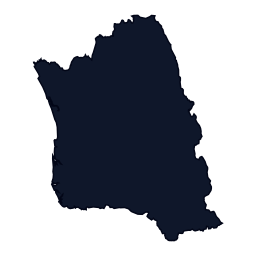 the district of Antsalova, Melaky, Madagascar
{"feature_id": "10022922B48021466276127", "entity_name": "Antsalova", "entity_type": "district", "adm_level": 2, "iso_a3": "MDG", "parent_name": "Madagascar", "parent_adm1": "Melaky", "projection": "natural_earth1", "projection_center": [44.617, -18.816], "detail": "fine", "context": "isolated", "style": "filled", "palette": "ink", "viewbox_px": 256, "rotation_deg": 0, "n_neighbors": 0, "source": "geoboundaries", "source_scale": "gbopen_adm2", "svg_char_len": 5692}
<svg xmlns="http://www.w3.org/2000/svg" viewBox="0 0 256 256"><path d="M161.4,26.1L158.8,23.6L158.1,22.0L155.5,21.2L154.2,18.0L154.9,15.8L151.5,15.5L149.9,16.7L145.8,18.5L140.0,17.3L137.9,15.4L133.8,15.5L131.8,16.1L132.8,17.0L133.6,17.1L133.9,17.5L133.3,19.0L133.7,20.3L133.6,21.0L133.0,22.6L132.4,23.2L131.7,22.9L130.0,20.5L128.7,19.7L128.2,20.0L127.8,22.0L126.7,22.7L124.4,23.0L123.2,20.6L122.4,20.2L121.9,20.4L121.1,22.4L119.7,24.1L116.3,24.2L115.0,23.7L114.5,23.8L114.1,26.8L114.7,28.7L114.7,29.4L114.1,30.8L113.2,31.6L112.7,34.2L113.4,35.7L113.3,36.1L112.5,36.2L111.9,35.7L111.4,36.1L110.5,36.1L110.1,37.0L107.0,36.9L105.6,37.5L105.1,36.7L104.5,37.3L102.4,37.6L102.5,36.5L101.6,36.2L100.7,35.1L100.0,35.0L100.3,35.6L100.1,36.1L99.5,35.7L98.7,36.2L98.5,37.2L98.2,37.3L97.7,36.7L96.3,37.7L95.5,38.8L96.2,41.3L96.2,43.1L93.3,52.9L92.4,55.1L91.7,59.9L88.8,57.2L88.1,56.1L87.4,57.0L86.5,56.8L85.4,54.9L84.9,56.3L82.8,57.7L80.8,57.5L79.5,57.8L77.3,56.7L75.6,57.3L74.1,58.2L71.6,62.1L71.1,63.9L71.2,64.7L70.7,64.9L70.7,65.4L70.4,65.6L69.9,68.0L68.9,69.6L67.8,70.2L65.1,70.6L63.4,70.2L62.8,69.7L62.3,68.2L59.9,68.0L59.3,66.4L58.3,65.7L58.2,65.1L57.6,65.0L57.1,64.1L56.1,63.9L55.2,62.5L54.4,62.2L52.2,62.6L51.9,62.3L50.9,62.4L50.5,62.9L50.5,63.5L49.3,64.3L48.4,62.8L46.4,62.3L46.1,61.3L44.6,60.3L44.1,60.1L43.8,60.8L43.2,60.5L43.0,61.1L41.9,60.7L41.5,60.2L41.1,60.5L40.9,59.0L40.6,59.4L40.8,60.7L40.3,60.8L40.4,59.9L39.9,60.7L39.6,60.0L39.3,60.0L39.2,60.9L39.6,60.8L39.7,61.2L38.6,62.1L37.7,61.5L37.7,62.5L37.0,62.4L35.8,64.3L34.9,63.8L34.8,63.5L35.2,62.9L34.1,62.2L33.7,62.3L33.9,63.0L35.5,65.0L35.2,65.7L34.3,66.3L34.4,66.7L38.6,73.7L39.6,76.3L38.1,78.5L42.8,86.8L45.8,93.7L47.0,98.4L47.7,99.1L49.1,98.2L49.0,97.1L49.8,97.3L50.7,99.6L51.9,101.6L52.0,103.0L53.2,105.0L54.3,105.6L56.8,105.6L58.2,107.0L59.1,109.6L58.7,110.7L58.0,110.6L58.6,110.0L58.4,108.4L57.2,106.6L56.3,106.1L53.0,106.2L51.7,104.8L50.3,100.9L49.0,99.5L48.6,99.8L48.6,100.7L49.6,104.0L51.5,108.5L54.9,119.4L56.4,122.5L57.3,127.1L57.7,137.3L56.9,139.7L56.0,140.0L54.8,139.8L54.2,140.5L54.9,145.9L56.3,146.8L55.1,147.1L54.7,147.8L54.4,152.4L55.0,157.9L55.6,159.2L56.8,160.0L59.0,160.8L60.1,162.7L61.2,164.0L60.1,163.7L58.5,161.5L55.4,161.2L56.5,162.6L57.0,164.1L56.5,163.7L56.2,162.9L54.9,161.9L55.6,164.6L54.8,166.4L54.9,164.1L53.7,161.8L54.0,159.5L53.4,156.5L52.8,155.4L52.7,158.9L53.4,167.2L53.0,171.6L53.5,174.4L53.2,178.2L52.1,181.7L52.5,183.5L52.9,184.0L53.2,183.8L53.1,182.5L53.9,182.9L53.9,183.5L54.3,183.7L56.2,183.4L57.5,182.6L58.0,182.5L58.6,182.9L57.3,183.2L57.0,183.8L57.1,184.4L55.6,185.7L53.7,185.6L51.9,183.9L51.7,184.2L54.4,190.3L55.6,189.9L56.7,190.0L57.9,190.8L58.3,191.2L58.1,191.6L59.1,192.6L58.3,192.5L56.6,190.6L55.8,190.8L55.7,191.5L55.9,192.8L57.9,196.4L59.3,200.0L59.4,201.1L58.8,201.7L59.0,202.1L60.3,202.2L60.6,201.9L60.6,201.3L60.0,199.9L60.0,197.8L60.9,196.6L61.8,196.0L62.1,194.9L62.7,194.4L62.4,196.0L61.0,197.1L60.7,198.3L61.1,199.0L62.0,199.2L61.1,200.3L61.0,201.1L61.9,202.9L60.3,203.6L62.3,205.9L63.4,206.7L64.5,206.9L67.0,206.0L68.3,207.8L70.1,208.5L73.2,208.0L74.2,207.2L74.4,206.3L75.0,206.7L74.9,207.7L75.3,207.9L75.3,207.5L78.2,207.1L79.6,208.2L80.8,208.6L81.4,209.5L82.3,209.0L83.6,209.5L85.2,209.3L86.2,209.7L86.2,209.2L85.7,209.0L85.6,208.3L86.4,207.9L86.9,206.9L87.4,206.8L88.7,207.7L93.2,206.9L98.8,207.4L100.1,208.4L102.3,207.9L103.9,208.4L105.9,204.8L108.1,205.1L109.4,205.9L110.1,207.4L112.5,207.3L114.1,208.4L119.3,207.5L120.4,207.7L124.6,207.5L126.2,208.0L128.5,208.7L131.2,211.3L132.1,211.8L137.8,214.1L142.3,214.3L145.7,212.0L148.4,212.2L148.6,212.3L148.4,214.4L147.9,214.6L147.1,216.3L148.3,217.6L151.6,219.9L153.4,218.3L154.4,219.6L156.8,220.7L157.3,221.8L157.0,223.1L157.3,225.5L158.5,226.5L159.9,229.1L160.8,229.6L162.5,233.5L164.1,233.4L165.1,234.1L164.8,235.2L165.8,238.4L166.7,238.5L167.1,239.2L168.3,240.2L169.3,240.5L172.2,240.6L172.9,240.3L173.4,240.6L174.8,240.5L175.3,239.9L176.3,239.8L177.3,238.5L177.6,237.8L177.5,236.1L178.6,233.1L182.0,233.4L182.7,233.2L183.5,231.4L184.3,230.8L188.6,230.2L190.2,230.3L192.4,229.1L194.0,230.4L195.1,230.8L197.7,230.2L198.8,229.7L199.2,229.2L200.1,229.7L200.4,230.4L202.4,230.3L203.0,231.0L203.4,230.6L203.5,229.4L206.0,228.9L206.6,226.3L207.9,226.5L208.7,228.8L210.6,228.5L211.7,227.0L212.1,226.9L213.5,227.5L213.8,228.0L216.4,227.6L217.2,226.5L217.5,225.5L219.2,225.2L219.6,224.6L220.5,224.4L222.3,223.2L220.5,222.2L218.8,219.2L216.3,216.6L214.5,212.5L213.7,211.5L212.0,211.7L210.8,212.6L208.7,210.1L205.5,209.7L205.3,207.4L205.9,206.0L206.1,204.7L205.0,203.2L203.9,200.7L204.1,199.6L203.8,197.6L205.0,196.1L208.4,194.4L210.9,190.4L211.3,188.5L211.3,186.8L209.6,183.2L210.4,180.9L207.7,177.3L207.0,172.1L207.6,169.0L207.5,167.3L206.2,165.3L205.0,161.6L202.9,157.9L201.8,156.6L200.3,157.1L199.4,158.3L199.1,159.7L195.8,158.7L194.7,155.9L194.9,153.8L193.9,149.0L194.6,145.1L195.8,145.1L197.5,143.8L198.7,143.5L199.0,141.8L198.6,140.4L200.6,138.9L200.9,137.8L201.9,136.4L200.9,133.7L201.0,131.2L200.5,128.3L199.3,125.5L197.1,122.8L195.5,119.7L196.1,117.7L196.0,116.3L194.0,114.0L193.0,116.1L192.1,116.7L191.2,116.6L188.4,111.0L188.6,109.7L189.4,109.4L189.7,110.4L191.4,108.4L192.4,105.9L193.8,104.2L193.6,102.5L193.0,101.8L191.0,101.4L191.0,102.1L190.7,102.3L189.7,101.4L189.0,100.1L187.7,100.0L187.3,98.6L186.5,98.0L186.0,96.5L184.7,96.2L183.4,94.5L183.1,93.2L183.2,89.9L182.2,88.7L180.8,88.4L180.0,81.9L180.4,79.9L180.2,79.1L180.4,78.2L180.1,77.3L178.9,76.5L178.6,75.6L178.5,69.8L177.5,66.0L177.6,65.1L176.3,61.1L176.3,60.5L175.6,60.0L175.2,59.2L175.4,57.6L171.1,49.4L170.6,45.8L170.8,44.8L169.8,43.8L168.4,41.7L165.5,35.7L164.0,34.2L162.8,29.5L161.6,28.0L161.4,26.1Z" fill="#0f172a" stroke="#020617" stroke-width="1.5"/></svg>